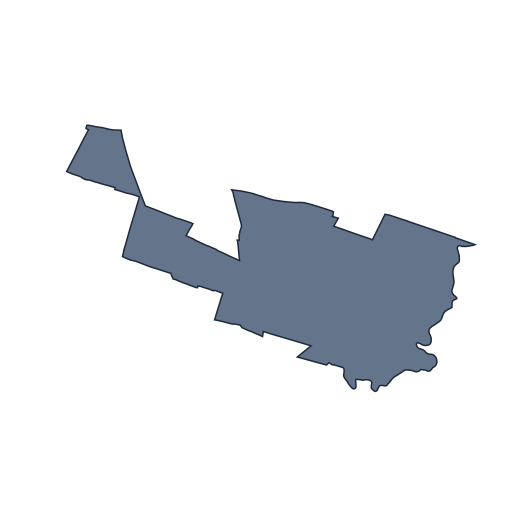 the district of Frumusita, Galati, Romania, rotated 21°
{"feature_id": "2599482B14808563602686", "entity_name": "Frumusita", "entity_type": "district", "adm_level": 2, "iso_a3": "ROU", "parent_name": "Romania", "parent_adm1": "Galati", "projection": "natural_earth1", "projection_center": [28.083, 45.663], "detail": "fine", "context": "isolated", "style": "filled", "palette": "slate", "viewbox_px": 512, "rotation_deg": 21, "n_neighbors": 0, "source": "geoboundaries", "source_scale": "gbopen_adm2", "svg_char_len": 6090}
<svg xmlns="http://www.w3.org/2000/svg" viewBox="0 0 512 512"><g transform="rotate(21 256 256)"><path d="M231.3,198.7L220.0,200.4L209.6,202.9L211.9,205.0L213.0,206.9L213.9,208.2L214.7,209.1L215.3,210.1L216.3,211.7L220.7,217.7L221.8,219.2L226.2,225.2L230.6,231.3L231.4,232.7L232.0,234.3L232.1,237.9L232.3,239.4L232.7,241.3L232.7,241.9L233.1,243.7L234.7,247.2L232.7,248.0L233.6,248.9L237.4,256.4L238.0,257.7L239.8,261.3L242.3,266.2L231.6,265.6L223.4,264.9L219.6,264.8L218.8,264.8L216.2,264.1L211.6,264.0L208.6,263.8L207.4,263.8L207.0,263.8L206.2,263.9L201.7,263.6L194.6,263.1L191.2,262.5L183.5,262.1L184.2,256.4L185.2,251.0L185.5,248.4L183.2,248.4L181.2,248.4L176.5,248.6L170.8,248.8L169.9,249.0L168.7,249.1L166.6,249.1L155.1,249.0L151.5,248.9L135.2,248.9L134.9,249.0L128.6,242.1L108.2,219.1L106.3,216.8L96.9,204.5L89.4,194.1L84.9,186.9L77.5,189.5L74.3,190.2L66.0,191.3L64.4,191.8L57.3,193.2L52.1,194.1L51.5,194.4L51.3,194.6L51.2,194.9L51.3,195.7L51.5,197.7L51.8,198.0L54.4,198.1L53.3,207.0L52.0,219.1L48.9,245.1L55.6,245.2L59.5,245.0L64.6,244.8L65.1,245.1L65.5,245.4L67.8,245.7L69.7,245.8L73.3,244.8L79.4,244.5L83.1,244.1L86.8,243.9L93.7,243.2L95.3,243.1L100.0,242.6L100.3,244.5L106.5,244.0L112.9,243.7L114.7,243.3L116.6,243.0L120.0,242.8L121.4,242.7L123.7,242.6L125.0,242.6L126.0,242.6L127.7,263.9L128.4,273.6L130.0,291.1L130.5,298.2L130.8,298.2L130.9,300.0L131.6,304.4L134.4,304.6L140.7,304.8L142.3,304.4L143.3,304.4L145.4,304.0L160.9,304.0L182.7,302.7L185.0,305.4L185.4,305.4L186.9,307.2L187.1,307.1L188.1,307.0L188.8,306.9L190.5,306.9L191.2,306.9L192.1,307.0L193.0,307.1L194.8,307.0L195.6,307.1L203.6,307.0L208.8,307.0L210.4,307.0L211.6,306.9L212.7,306.6L212.8,306.5L212.5,304.7L214.9,304.3L218.9,304.1L219.3,304.0L220.9,304.0L224.1,303.7L224.5,303.7L224.9,303.7L227.9,303.8L228.7,303.7L230.1,302.8L232.5,302.7L233.8,302.8L236.4,302.7L238.4,302.7L238.7,309.9L238.9,311.5L239.7,323.6L239.9,326.1L240.0,327.3L240.2,330.5L240.9,330.3L246.2,329.4L254.5,328.5L256.8,328.2L258.0,328.0L260.2,327.4L260.8,327.1L261.3,326.8L263.0,326.7L266.0,326.2L266.3,326.2L267.1,327.0L268.2,327.6L268.7,327.9L269.3,328.0L270.4,328.0L272.4,328.1L274.3,328.2L274.7,328.3L275.5,328.3L276.0,328.3L277.3,328.3L279.0,328.2L279.9,328.3L281.5,328.4L282.1,328.4L285.4,328.6L285.5,328.5L286.6,328.6L287.6,328.6L291.0,328.9L289.9,323.8L293.5,323.6L297.6,323.4L331.6,320.7L339.6,320.1L330.8,335.5L355.0,333.1L360.9,332.5L362.4,329.4L365.2,330.1L366.3,330.2L367.6,329.8L368.9,329.6L376.9,329.0L377.4,329.1L378.0,329.4L378.5,329.9L378.9,330.4L379.5,331.8L379.9,333.1L380.3,335.0L380.6,336.1L381.0,336.7L381.5,337.3L382.3,338.1L383.2,338.7L386.0,340.5L388.8,342.6L390.9,343.8L392.3,344.6L393.1,344.9L393.8,345.1L394.5,345.1L395.1,344.9L395.7,344.5L396.0,344.1L396.2,343.4L396.3,342.8L396.0,341.8L395.2,339.8L393.9,337.0L393.5,336.0L393.5,335.8L393.6,335.5L393.9,335.2L394.2,335.1L394.9,334.8L396.1,334.6L397.4,334.3L399.0,333.9L400.3,333.7L401.0,333.4L401.2,333.1L401.4,332.9L402.0,332.6L403.2,332.0L404.4,331.6L405.7,331.3L406.5,331.2L407.1,331.2L407.8,331.4L408.5,331.8L409.4,332.7L409.6,333.0L410.4,336.9L410.5,337.3L410.7,337.5L411.0,337.9L411.6,338.4L412.6,339.0L413.9,339.4L414.7,339.6L415.2,339.7L415.7,339.7L416.2,339.5L416.5,339.2L417.0,338.5L417.3,337.7L417.4,335.4L417.6,334.3L418.0,333.1L418.1,332.9L418.3,332.5L418.7,332.2L419.4,331.8L421.2,331.4L422.6,331.2L423.8,330.6L424.3,330.3L424.6,329.8L424.9,328.6L425.4,327.3L425.9,326.2L426.2,325.1L426.7,323.3L427.1,322.1L427.8,320.4L429.1,318.3L430.0,317.4L431.5,315.3L432.2,314.3L433.0,313.4L433.6,312.4L434.4,311.4L435.6,309.4L437.2,308.5L438.4,308.1L440.7,307.4L442.6,307.1L443.9,306.9L445.2,306.9L446.4,306.9L447.0,306.8L448.1,306.2L449.0,305.4L449.5,304.9L450.1,303.9L450.2,303.4L450.5,303.0L451.1,302.7L452.3,302.6L454.3,301.9L456.0,301.8L457.3,301.9L457.9,301.8L459.0,301.3L459.5,301.0L459.8,300.5L460.3,299.4L460.6,298.4L460.9,297.3L461.5,296.3L462.3,295.3L462.6,294.9L462.8,294.3L463.1,293.3L463.1,290.7L462.9,290.1L462.4,289.1L461.8,288.0L461.6,287.5L460.6,286.6L459.6,285.8L459.2,285.5L458.3,285.1L457.2,284.8L456.6,284.7L456.1,284.7L455.6,284.8L452.5,285.7L449.8,285.5L447.5,284.2L446.0,283.7L444.8,283.7L442.6,283.8L442.0,283.9L441.2,283.8L440.5,283.7L439.5,283.3L438.3,282.4L438.0,282.0L437.3,280.8L437.2,280.3L437.6,279.4L438.1,279.1L438.6,279.0L440.3,278.9L442.5,279.2L443.6,279.3L444.7,279.2L445.8,279.0L447.2,278.4L448.1,277.8L448.9,277.2L449.6,276.4L450.1,275.6L450.2,274.6L450.2,273.6L449.9,272.2L449.2,270.4L448.7,269.5L448.0,268.7L447.4,267.9L445.6,266.2L445.0,265.3L444.5,264.5L444.3,264.1L444.0,262.6L444.1,261.7L444.2,261.2L445.3,259.0L446.1,257.8L447.0,256.7L447.9,255.5L449.0,253.9L450.0,252.2L450.7,251.5L451.2,250.2L451.4,249.7L451.6,248.7L451.7,247.6L451.6,243.5L451.7,242.4L452.0,241.3L452.4,240.1L453.3,238.5L454.5,237.2L455.3,236.2L456.2,235.4L457.2,233.9L457.2,233.3L457.1,232.8L456.4,231.2L456.1,230.8L455.9,229.7L455.7,228.5L455.9,226.8L456.2,226.3L457.6,225.2L458.7,223.9L458.6,223.4L458.2,223.0L456.4,222.2L455.8,222.0L454.7,221.6L453.6,221.1L453.1,220.8L452.3,220.0L451.7,219.0L451.2,218.0L451.1,217.4L450.8,213.0L450.5,210.8L450.2,209.6L449.8,208.4L449.2,207.3L448.6,206.2L446.8,203.1L445.7,200.9L445.3,199.8L445.0,198.7L444.7,197.0L444.9,194.5L445.2,193.4L446.4,191.2L447.1,190.2L447.4,189.6L447.6,188.4L447.6,187.9L447.3,186.7L445.5,182.8L444.5,181.3L444.0,180.8L443.0,179.3L442.3,178.3L441.5,177.3L440.9,176.2L440.9,175.4L441.1,174.6L441.4,174.2L442.3,173.3L443.0,173.2L443.7,173.1L444.3,173.2L445.6,172.9L448.1,172.1L449.2,171.5L450.4,170.9L453.8,168.9L454.9,168.2L455.4,167.8L456.4,166.9L436.5,167.5L435.6,167.5L435.3,167.2L392.6,168.9L386.5,169.1L383.8,169.1L383.5,169.2L366.2,170.0L361.5,170.8L361.4,172.2L361.1,175.4L359.8,189.1L359.6,191.8L359.3,194.5L358.9,199.2L356.3,199.1L340.3,199.7L317.9,200.3L319.3,191.2L313.0,191.7L313.3,190.2L313.2,189.4L312.6,188.5L312.6,187.1L311.3,186.8L297.5,187.5L288.0,188.2L282.1,188.9L278.2,190.1L272.9,192.2L265.4,194.4L261.5,195.4L252.8,197.4L251.7,197.6L243.3,198.2L238.1,198.3L237.1,198.5L233.7,198.7L231.3,198.7Z" fill="#64748b" stroke="#1e293b" stroke-width="1.5"/></g></svg>